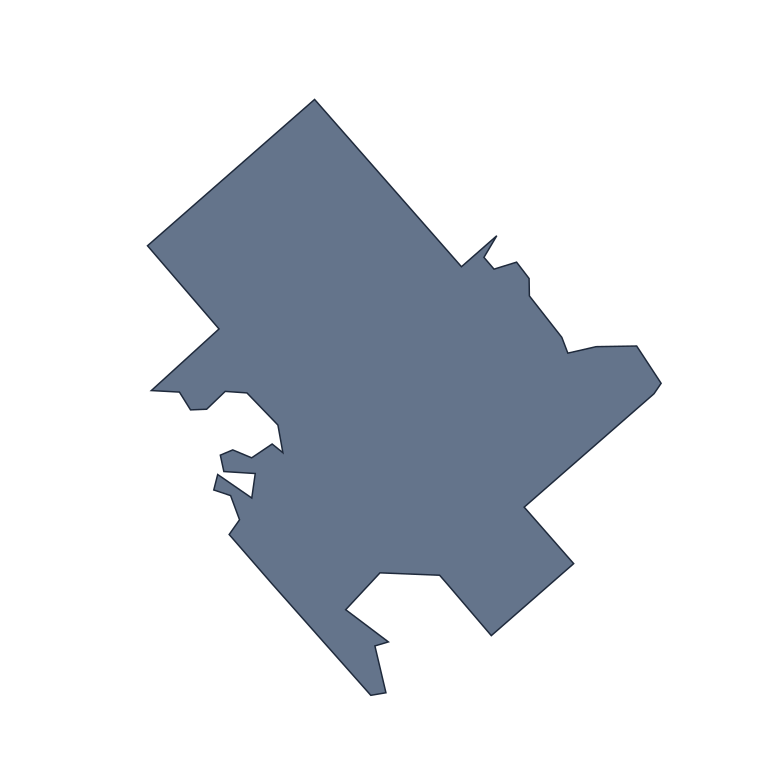 Humphreys, Mississippi, United States of America, rotated 139°
{"feature_id": "52423323B56025650408789", "entity_name": "Humphreys", "entity_type": "district", "adm_level": 2, "iso_a3": "USA", "parent_name": "United States of America", "parent_adm1": "Mississippi", "projection": "orthographic", "projection_center": [-90.489, 33.126], "detail": "fine", "context": "isolated", "style": "filled", "palette": "slate", "viewbox_px": 768, "rotation_deg": 139, "n_neighbors": 0, "source": "geoboundaries", "source_scale": "gbopen_adm2", "svg_char_len": 759}
<svg xmlns="http://www.w3.org/2000/svg" viewBox="0 0 768 768"><g transform="rotate(139 384 384)"><path d="M186.6,199.5L174.4,202.7L168.4,246.9L199.4,273.0L225.0,286.7L219.2,302.5L216.5,355.1L205.3,368.4L204.0,389.0L225.6,398.5L225.5,414.0L201.6,421.9L248.6,421.7L249.7,644.3L471.8,643.5L472.4,533.8L563.9,531.7L543.7,512.1L547.0,491.4L534.4,481.3L508.7,482.6L493.3,467.2L491.0,422.6L505.4,398.5L507.8,412.1L532.3,415.1L541.4,433.5L554.2,437.7L562.3,423.0L539.9,400.9L558.6,384.7L568.9,424.8L582.0,415.7L573.0,400.4L582.1,376.3L599.6,372.0L599.6,306.3L598.2,157.7L585.1,149.7L562.7,192.3L549.9,186.5L561.0,238.8L510.9,244.1L467.5,203.2L467.5,191.8L468.1,123.7L358.7,124.0L359.0,199.1L186.6,199.5Z" fill="#64748b" stroke="#1e293b" stroke-width="1.5"/></g></svg>